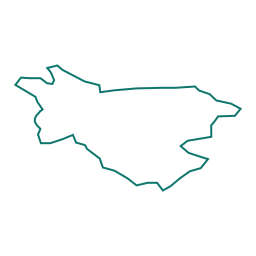 SVG path tracing the border of Burtnieku
{"feature_id": "LVA-5784", "entity_name": "Burtnieku", "entity_type": "Municipality", "adm_level": 1, "iso_a3": "LVA", "parent_name": "Latvia", "parent_adm1": "", "projection": "equal_earth", "projection_center": [25.318, 57.691], "detail": "fine", "context": "isolated", "style": "outline", "palette": "teal", "viewbox_px": 256, "rotation_deg": 0, "n_neighbors": 0, "source": "natural_earth", "source_scale": "10m", "svg_char_len": 862}
<svg xmlns="http://www.w3.org/2000/svg" viewBox="0 0 256 256"><path d="M195.0,86.5L199.0,90.5L209.6,94.1L216.4,100.5L231.2,103.7L240.6,108.8L234.9,115.8L218.1,116.4L214.9,120.9L211.2,125.4L211.3,136.8L187.5,140.8L180.7,146.1L188.6,152.9L201.2,157.0L208.0,159.1L200.8,168.1L189.8,171.3L179.8,178.4L170.8,186.0L162.9,190.5L157.1,182.8L147.7,182.8L136.6,185.4L127.6,178.4L114.5,170.7L102.9,167.5L99.7,158.5L87.1,149.0L85.0,145.1L76.1,142.6L72.9,134.9L61.9,139.4L50.3,143.2L40.9,143.2L38.0,134.5L40.4,128.9L37.0,125.4L34.8,121.7L35.0,118.2L36.4,115.5L38.7,113.1L40.0,111.4L42.6,109.5L37.5,102.1L35.4,96.8L15.4,84.9L21.0,77.6L29.9,78.2L40.4,78.2L47.2,83.3L52.5,83.9L54.1,80.1L50.9,72.5L47.3,68.0L57.3,65.5L62.5,69.9L84.5,81.4L91.9,83.3L99.3,85.2L100.3,92.2L114.5,90.3L136.6,88.4L162.3,87.8L175.4,87.8L195.0,86.5Z" fill="none" stroke="#0f766e" stroke-width="2"/></svg>